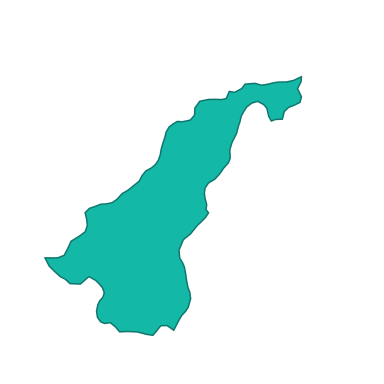 the district of Iracemápolis, São Paulo, Brazil, rotated 219°
{"feature_id": "56859067B21577616213228", "entity_name": "Iracemápolis", "entity_type": "district", "adm_level": 2, "iso_a3": "BRA", "parent_name": "Brazil", "parent_adm1": "São Paulo", "projection": "robinson", "projection_center": [-47.523, -22.617], "detail": "fine", "context": "isolated", "style": "filled", "palette": "teal", "viewbox_px": 384, "rotation_deg": 219, "n_neighbors": 0, "source": "geoboundaries", "source_scale": "gbopen_adm2", "svg_char_len": 1796}
<svg xmlns="http://www.w3.org/2000/svg" viewBox="0 0 384 384"><g transform="rotate(219 192 192)"><path d="M248.8,43.8L241.0,43.3L235.6,44.5L229.2,44.0L220.8,50.2L218.9,61.4L211.1,62.7L206.4,62.2L201.2,61.2L196.8,58.5L195.0,54.2L195.3,49.5L194.2,45.0L191.2,39.3L186.6,35.1L181.3,33.6L177.2,34.8L173.3,39.0L166.8,39.0L160.2,37.8L154.6,42.8L146.5,48.8L137.7,52.8L132.2,56.0L132.1,60.9L132.1,68.4L127.4,72.5L119.2,73.1L121.5,84.4L122.3,89.8L121.9,95.0L122.4,100.1L125.9,108.2L130.6,112.7L134.6,114.9L140.4,119.7L145.2,124.2L150.7,128.9L154.4,130.9L159.9,132.9L165.5,138.6L168.7,149.5L166.8,158.5L166.8,169.4L166.0,175.2L165.5,180.7L166.0,186.2L170.1,187.2L172.5,191.3L177.9,195.3L181.6,198.8L184.3,203.2L184.9,209.3L182.3,216.4L181.9,223.7L182.4,230.4L182.1,237.6L183.6,242.3L189.2,248.6L192.0,255.5L194.3,265.8L197.4,272.5L198.9,276.7L201.5,282.0L202.5,287.9L203.0,292.4L201.5,298.7L198.0,303.8L191.1,305.1L186.4,304.1L179.9,299.0L175.0,297.1L172.8,300.9L167.6,305.5L170.9,312.5L170.2,318.5L166.8,324.5L164.5,329.7L166.9,334.9L175.0,338.7L176.7,346.4L179.5,350.4L183.4,342.4L188.1,336.7L193.9,332.0L198.0,327.4L201.0,323.3L205.1,318.8L211.5,316.0L218.6,309.3L218.5,303.6L221.5,296.4L226.3,293.6L224.2,286.1L227.2,282.4L232.2,278.7L237.3,274.4L243.1,267.4L242.6,259.1L238.4,253.3L238.6,246.8L243.6,240.6L247.8,237.6L249.6,232.7L250.7,228.0L249.8,222.3L247.4,217.2L245.3,211.5L242.7,205.5L240.1,201.0L238.1,195.4L237.7,190.5L238.6,185.4L241.1,179.4L241.1,173.7L239.9,167.2L241.2,160.7L242.9,153.0L245.3,146.8L245.7,139.1L247.4,133.3L251.7,128.2L255.2,125.1L258.1,120.0L261.4,114.7L262.1,108.7L256.2,104.1L252.1,99.8L250.0,93.8L251.5,87.9L253.0,83.3L255.0,77.6L253.0,69.9L251.5,62.3L255.0,56.3L258.4,53.4L264.8,48.3L256.2,44.5L248.8,43.8Z" fill="#14b8a6" stroke="#0f766e" stroke-width="1.5"/></g></svg>